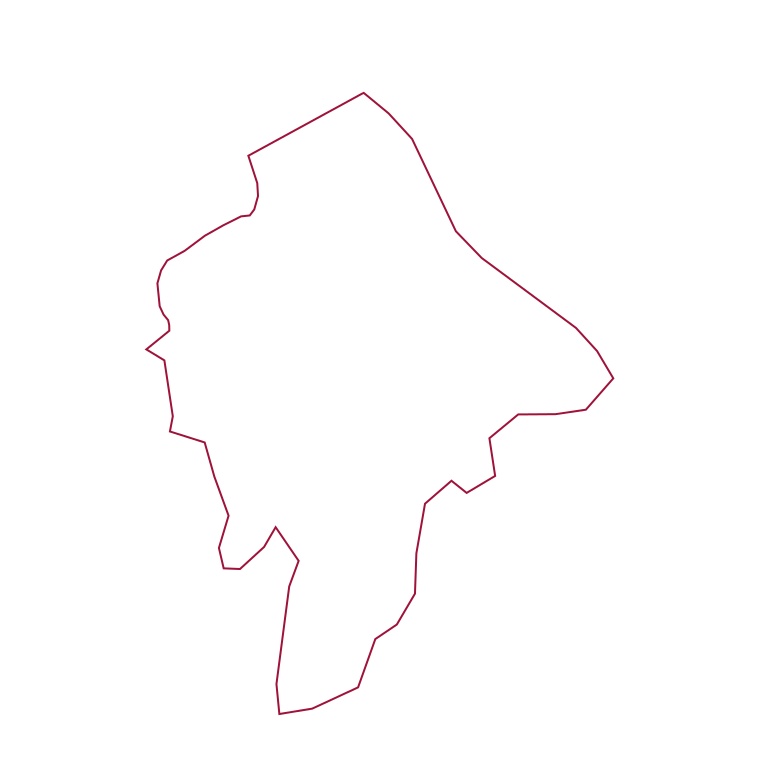 an SVG outline of Mazsalacas, rotated 70°
{"feature_id": "LVA-5791", "entity_name": "Mazsalacas", "entity_type": "Municipality", "adm_level": 1, "iso_a3": "LVA", "parent_name": "Latvia", "parent_adm1": "", "projection": "equal_earth", "projection_center": [25.028, 57.932], "detail": "fine", "context": "isolated", "style": "outline", "palette": "rose", "viewbox_px": 768, "rotation_deg": 70, "n_neighbors": 0, "source": "natural_earth", "source_scale": "10m", "svg_char_len": 861}
<svg xmlns="http://www.w3.org/2000/svg" viewBox="0 0 768 768"><g transform="rotate(70 384 384)"><path d="M378.5,196.6L397.0,184.4L425.9,172.5L457.1,166.6L477.2,203.1L471.0,233.2L458.5,268.3L471.0,303.5L508.4,311.0L514.6,343.6L498.0,353.7L510.5,386.4L554.2,411.5L591.6,426.6L614.4,454.2L620.7,479.4L660.2,512.1L664.5,562.5L658.3,595.2L629.2,587.7L541.8,542.3L521.0,524.7L481.5,534.8L496.1,552.4L508.6,582.6L502.4,597.7L481.6,595.2L454.6,575.1L413.0,575.1L377.6,572.5L355.4,601.4L342.1,593.5L286.7,582.3L270.2,595.5L260.5,567.5L255.2,565.7L250.2,565.0L243.4,567.4L234.2,568.2L211.9,562.5L201.0,554.6L193.8,545.5L190.7,525.9L183.4,501.6L179.9,480.7L177.6,461.0L179.7,452.5L175.6,446.2L164.3,438.1L151.9,434.4L123.1,433.4L103.8,306.3L103.5,303.5L131.3,287.1L163.3,273.8L265.1,264.2L299.0,249.1L378.5,196.6Z" fill="none" stroke="#9f1239" stroke-width="2"/></g></svg>